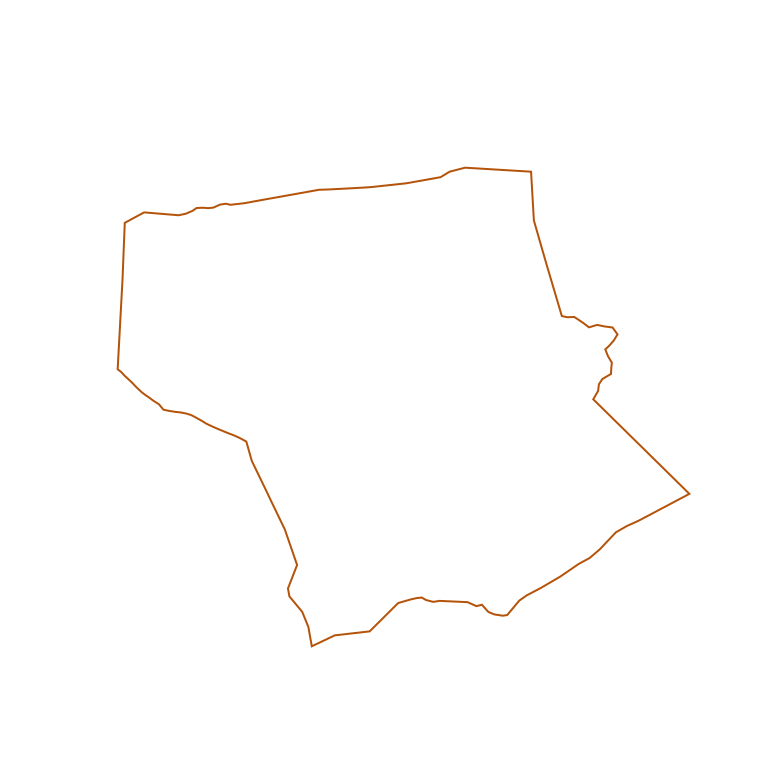 the district of Itainópolis, Piauí, Brazil, rotated 243°
{"feature_id": "56859067B45157254788804", "entity_name": "Itainópolis", "entity_type": "district", "adm_level": 2, "iso_a3": "BRA", "parent_name": "Brazil", "parent_adm1": "Piauí", "projection": "orthographic", "projection_center": [-41.486, -7.407], "detail": "fine", "context": "isolated", "style": "outline", "palette": "amber", "viewbox_px": 768, "rotation_deg": 243, "n_neighbors": 0, "source": "geoboundaries", "source_scale": "gbopen_adm2", "svg_char_len": 1546}
<svg xmlns="http://www.w3.org/2000/svg" viewBox="0 0 768 768"><g transform="rotate(243 384 384)"><path d="M170.1,258.9L182.4,297.2L180.0,309.6L178.5,315.7L176.6,320.7L172.4,323.4L167.5,329.0L165.5,335.1L151.7,359.4L144.1,365.5L142.9,371.0L133.5,373.5L128.6,377.7L123.6,384.7L122.2,388.9L129.6,406.2L130.9,415.4L131.1,431.3L132.4,453.8L135.3,475.8L135.6,488.2L138.7,501.1L146.6,523.4L146.9,529.6L147.2,535.8L146.6,548.9L147.5,606.2L275.4,563.5L280.6,571.6L286.2,575.4L289.3,580.8L289.9,590.8L294.9,593.7L299.6,596.7L307.0,596.2L314.4,596.9L315.9,602.2L318.4,608.4L322.2,614.6L330.6,613.3L335.2,606.6L339.9,600.7L341.4,592.4L347.8,589.3L357.3,584.0L360.3,577.6L363.8,573.3L416.7,583.1L432.3,586.1L461.7,591.8L506.4,611.4L513.6,599.2L539.9,554.5L541.6,546.9L543.4,538.7L542.6,528.3L552.8,494.7L565.2,462.2L567.7,456.3L573.5,443.1L582.2,423.6L586.6,414.2L603.2,359.4L608.5,341.6L613.4,328.5L616.4,325.0L618.3,319.2L618.6,312.1L620.5,307.2L623.3,302.6L625.9,296.9L625.2,292.0L625.7,284.6L627.6,277.6L645.8,248.2L645.3,226.2L595.9,198.5L518.1,153.4L513.9,155.3L509.0,156.7L503.6,158.7L499.4,160.2L493.6,161.9L486.6,164.4L482.5,166.4L478.5,168.6L474.0,170.8L468.0,174.3L461.3,175.8L457.6,180.3L453.7,185.7L450.8,190.2L447.1,194.8L443.6,198.3L439.0,201.5L433.8,205.0L429.3,207.7L423.5,212.2L418.3,216.5L411.4,222.4L406.2,227.1L401.6,230.8L395.2,235.2L375.5,231.3L341.9,230.6L331.7,230.3L299.4,229.6L262.2,224.4L245.4,205.6L237.7,203.3L218.0,207.7L201.8,206.3L183.1,200.6L182.4,226.0L170.1,258.9Z" fill="none" stroke="#b45309" stroke-width="2"/></g></svg>